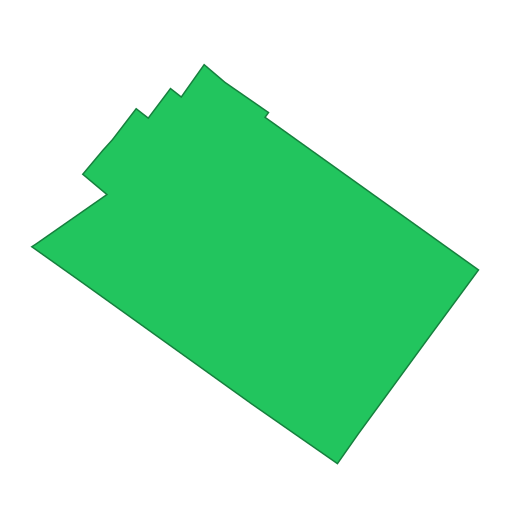 outline of Genesee, New York, United States of America, rotated 216°
{"feature_id": "52423323B2741615206535", "entity_name": "Genesee", "entity_type": "district", "adm_level": 2, "iso_a3": "USA", "parent_name": "United States of America", "parent_adm1": "New York", "projection": "orthographic", "projection_center": [-78.093, 42.998], "detail": "fine", "context": "isolated", "style": "filled", "palette": "green", "viewbox_px": 512, "rotation_deg": 216, "n_neighbors": 0, "source": "geoboundaries", "source_scale": "gbopen_adm2", "svg_char_len": 418}
<svg xmlns="http://www.w3.org/2000/svg" viewBox="0 0 512 512"><g transform="rotate(216 256 256)"><path d="M68.1,135.9L68.7,172.5L68.3,295.6L67.8,375.5L330.2,373.5L330.2,379.4L383.2,378.2L410.4,380.3L409.9,340.7L423.6,341.2L424.2,304.2L439.5,304.7L440.5,265.5L442.0,251.7L444.2,220.3L412.7,218.1L441.3,135.6L442.8,131.7L381.6,132.4L171.9,133.8L68.1,135.9Z" fill="#22c55e" stroke="#15803d" stroke-width="1.5"/></g></svg>